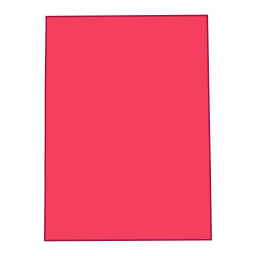 Preble, Ohio, United States of America (Albers equal-area conic projection)
{"feature_id": "52423323B89596948569542", "entity_name": "Preble", "entity_type": "district", "adm_level": 2, "iso_a3": "USA", "parent_name": "United States of America", "parent_adm1": "Ohio", "projection": "albers", "projection_center": [-84.757, 39.743], "detail": "fine", "context": "isolated", "style": "filled", "palette": "rose", "viewbox_px": 256, "rotation_deg": 0, "n_neighbors": 0, "source": "geoboundaries", "source_scale": "gbopen_adm2", "svg_char_len": 430}
<svg xmlns="http://www.w3.org/2000/svg" viewBox="0 0 256 256"><path d="M45.4,138.7L45.2,168.3L45.2,175.5L45.3,184.1L45.1,201.4L44.8,240.2L44.9,240.6L211.2,239.7L211.0,225.5L210.4,183.1L208.3,71.9L207.3,15.4L46.3,16.6L46.2,32.8L46.1,33.3L46.0,44.8L45.8,57.4L45.8,59.0L45.7,63.9L45.7,64.0L45.6,74.4L45.6,75.8L45.4,82.5L45.5,84.3L45.4,91.7L45.4,100.0L45.4,100.8L45.4,138.7Z" fill="#f43f5e" stroke="#9f1239" stroke-width="1.5"/></svg>